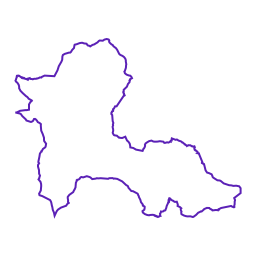 Soars, Brasov, Romania (Robinson projection)
{"feature_id": "2599482B91433011273091", "entity_name": "Soars", "entity_type": "district", "adm_level": 2, "iso_a3": "ROU", "parent_name": "Romania", "parent_adm1": "Brasov", "projection": "robinson", "projection_center": [24.929, 45.96], "detail": "fine", "context": "isolated", "style": "outline", "palette": "violet", "viewbox_px": 256, "rotation_deg": 0, "n_neighbors": 0, "source": "geoboundaries", "source_scale": "gbopen_adm2", "svg_char_len": 5800}
<svg xmlns="http://www.w3.org/2000/svg" viewBox="0 0 256 256"><path d="M212.5,210.4L215.8,210.0L217.5,210.1L218.0,210.3L218.5,209.3L219.1,209.5L219.4,208.9L221.1,208.0L230.9,206.0L231.2,206.0L232.2,206.7L233.6,207.2L233.9,207.3L234.4,207.0L234.2,205.7L234.6,204.5L234.7,201.3L235.0,200.6L234.9,199.5L234.5,198.9L234.2,198.0L240.6,193.1L240.6,188.2L239.2,186.3L236.2,185.7L233.3,185.9L231.5,185.4L229.1,185.2L223.7,183.4L220.8,181.0L219.8,180.5L217.4,180.3L213.2,177.6L212.5,176.7L212.4,176.0L211.6,174.3L208.7,173.0L207.1,172.6L205.6,170.4L204.1,164.4L203.9,164.5L202.8,163.4L201.9,163.0L201.9,162.8L202.2,162.6L202.2,162.3L202.4,162.2L199.2,154.4L198.9,153.4L198.2,153.3L198.4,153.2L198.3,152.7L198.2,153.2L197.8,152.8L197.7,152.2L196.9,151.7L197.0,151.4L196.0,150.7L195.4,150.4L195.4,150.1L194.8,149.9L194.8,149.4L194.5,149.2L194.3,148.6L194.4,147.5L194.8,147.2L194.4,146.3L193.0,146.6L192.3,146.2L191.9,146.3L190.4,145.3L188.4,145.2L187.8,145.7L187.3,145.7L186.9,146.0L186.5,145.3L185.9,145.2L185.1,144.5L184.7,144.4L184.6,143.9L183.5,143.3L182.9,142.6L182.1,142.4L182.0,142.1L181.0,141.4L178.6,140.6L176.9,139.5L175.6,139.8L171.8,138.4L171.6,139.3L171.8,140.0L171.7,140.6L170.7,140.8L170.4,141.2L170.5,141.6L170.2,141.5L169.3,142.2L168.3,142.6L167.1,142.3L165.0,142.9L164.3,142.9L163.4,141.7L159.9,141.2L157.5,141.6L154.9,141.7L153.3,141.5L151.5,140.6L149.2,141.1L147.3,142.2L145.5,143.5L144.9,144.9L145.1,145.8L144.7,147.1L144.0,148.4L143.5,148.7L142.6,150.9L136.0,149.6L133.3,148.0L130.3,147.4L130.2,145.9L129.7,143.6L128.4,141.7L127.0,140.5L125.3,136.7L122.2,138.0L119.8,137.8L119.4,137.5L118.9,137.6L116.9,135.7L114.4,135.3L113.9,135.0L113.4,134.3L112.7,132.8L113.2,130.8L113.1,129.0L112.8,128.0L112.6,126.7L113.1,125.4L112.9,124.3L113.3,123.2L113.3,122.8L112.7,121.2L112.2,115.0L111.4,114.1L111.5,113.8L111.4,113.4L111.5,113.0L111.4,112.9L111.9,112.2L111.9,111.5L113.1,111.0L113.2,110.0L113.0,109.5L113.1,109.1L113.9,108.6L115.1,106.3L116.6,106.3L123.5,96.1L124.5,95.5L124.0,94.9L124.3,94.5L124.0,93.9L124.0,93.4L123.3,92.7L123.4,92.3L123.3,91.9L123.7,91.6L123.7,89.8L126.9,86.7L128.0,83.9L129.5,82.2L129.6,81.3L129.9,80.6L129.6,80.3L129.9,80.0L130.0,79.3L132.0,78.2L131.4,76.9L130.3,75.7L129.0,75.5L127.0,74.8L126.0,74.2L124.9,73.2L124.4,71.5L124.8,71.1L125.9,67.8L126.1,65.0L126.3,64.4L125.8,61.4L125.8,60.2L125.3,58.7L124.1,57.1L122.5,55.9L120.3,54.9L119.2,53.9L117.2,49.9L116.0,48.2L113.4,46.2L112.7,45.0L111.5,44.4L109.5,42.5L109.1,41.6L109.3,40.6L108.9,39.8L108.6,39.5L106.7,39.0L104.4,39.6L102.8,40.7L99.7,40.5L98.8,41.0L97.5,42.4L94.8,44.0L94.5,44.3L92.5,44.9L90.2,46.4L89.6,45.9L87.7,45.4L86.5,43.7L84.0,43.4L82.4,42.8L81.5,42.8L79.6,43.1L76.8,44.2L74.7,44.7L74.5,45.0L74.0,48.0L72.2,49.9L70.9,52.0L70.2,52.6L69.0,52.6L64.7,53.9L62.9,55.0L62.4,56.5L62.2,59.8L61.4,61.7L58.8,66.2L57.5,70.3L54.4,76.2L44.6,75.6L41.8,76.9L41.4,77.5L39.9,77.4L38.8,78.0L37.4,78.5L37.0,78.4L36.1,78.8L34.1,78.8L32.8,79.3L32.5,79.1L30.2,78.9L29.8,78.6L29.7,78.1L27.2,78.8L28.1,79.4L27.9,79.8L26.7,79.2L24.2,78.5L24.2,78.0L24.0,77.9L23.6,77.9L23.0,78.2L22.6,77.6L21.8,77.9L21.5,77.5L21.4,77.1L20.8,77.1L19.4,75.9L18.9,75.7L18.5,75.9L18.1,75.6L16.9,75.8L16.7,76.5L16.8,77.3L16.3,78.2L16.0,79.5L15.5,80.6L15.9,81.5L17.4,82.8L18.6,84.6L19.1,86.3L19.2,88.5L19.9,89.6L20.3,90.6L22.6,93.0L26.1,96.2L27.2,96.9L28.1,97.9L28.6,98.7L31.7,100.4L31.9,100.7L30.3,102.2L29.0,104.4L29.0,109.7L26.9,110.1L25.5,110.1L20.1,110.8L16.8,112.4L15.4,112.5L20.1,113.6L21.0,114.2L22.2,116.0L25.8,119.4L26.4,120.5L30.7,121.9L31.6,121.8L33.1,120.8L34.0,119.0L35.0,118.9L35.8,119.4L36.9,120.6L37.8,122.1L39.6,123.0L40.9,124.1L40.8,125.6L41.2,130.6L42.7,134.0L44.0,137.8L44.0,139.8L44.2,141.1L46.1,143.7L45.6,146.7L45.1,147.4L42.9,149.0L41.8,151.1L41.6,151.1L41.6,151.4L41.4,151.4L39.9,153.6L39.4,156.8L38.4,161.5L38.4,162.3L39.1,163.2L38.0,165.0L38.0,166.6L39.0,170.1L39.1,173.7L40.0,175.7L39.3,177.5L39.4,177.9L38.5,179.4L40.5,181.8L41.1,184.0L41.2,186.0L40.8,190.5L39.1,193.7L39.5,195.2L42.3,196.1L50.1,200.1L50.9,201.5L51.3,202.7L51.9,205.7L52.3,207.0L52.8,209.9L53.9,212.4L54.6,215.7L56.7,211.2L58.0,209.6L61.0,207.6L66.2,205.7L67.1,204.2L68.1,203.3L68.7,203.1L68.7,202.8L68.3,202.7L68.0,202.0L68.1,200.3L67.7,197.9L67.8,196.8L69.4,194.8L73.2,192.1L74.1,190.1L74.7,189.4L74.8,188.8L75.5,187.5L75.9,182.7L76.9,180.6L76.7,180.2L77.1,179.8L78.1,179.7L79.1,179.2L79.7,178.7L79.9,178.2L80.7,177.3L81.5,177.0L83.1,177.4L86.8,176.2L89.5,177.0L90.5,177.5L92.2,179.1L95.8,178.6L96.8,178.2L98.1,178.4L100.7,178.2L108.2,178.8L109.2,178.2L112.7,178.1L113.7,178.7L114.6,178.5L117.3,178.9L122.2,181.4L126.3,185.2L127.5,185.8L128.0,186.3L128.4,187.7L131.3,191.0L133.0,191.2L137.5,193.6L138.0,194.3L138.1,195.0L138.8,196.2L138.9,197.0L140.3,199.7L141.0,202.2L142.8,204.5L142.8,205.5L143.0,205.8L143.5,205.9L144.5,206.5L144.7,206.8L144.6,208.3L144.3,209.7L142.5,211.1L142.8,212.5L144.9,214.1L147.2,215.0L149.1,215.3L149.9,215.0L152.6,214.8L154.0,215.0L156.6,216.1L156.1,216.3L157.9,217.0L159.3,216.4L159.8,216.0L160.4,215.9L160.2,215.5L159.9,215.4L160.2,214.8L160.0,213.6L160.6,213.0L161.0,211.5L161.6,211.7L163.4,211.3L164.0,210.6L165.0,210.5L165.4,210.2L165.6,209.5L166.2,208.1L166.7,206.0L168.0,203.2L168.0,202.9L168.9,202.3L169.0,201.9L168.6,201.5L169.1,200.9L168.5,200.1L168.7,199.8L169.4,200.1L169.5,199.6L169.1,198.6L169.3,198.2L169.8,198.3L170.5,198.9L171.1,199.7L172.7,200.7L173.3,200.8L174.3,201.7L175.0,201.9L176.8,201.7L177.8,204.5L177.6,206.0L180.0,207.1L181.2,208.2L180.8,208.5L180.7,209.0L181.0,210.8L181.5,211.4L181.2,212.9L181.5,214.2L183.9,215.5L185.7,216.1L187.5,216.4L190.4,216.3L192.8,217.0L193.5,216.8L196.1,214.9L198.2,212.7L199.8,212.0L200.8,211.4L201.6,211.5L203.9,209.5L204.1,209.1L206.9,207.9L209.3,208.0L210.4,209.1L211.3,209.3L211.6,209.7L212.2,209.9L212.5,210.4Z" fill="none" stroke="#5b21b6" stroke-width="2"/></svg>